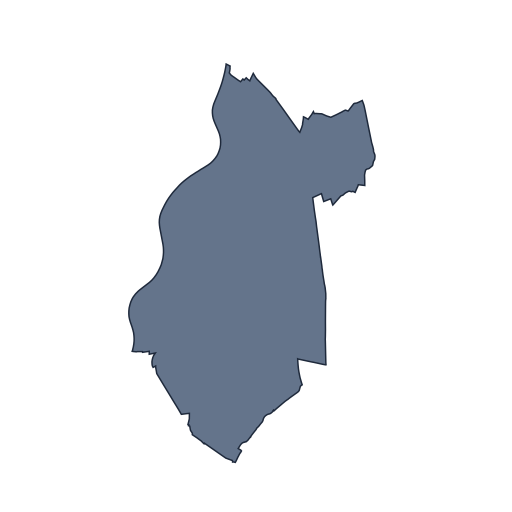 Wijchen, Gelderland, Netherlands, rotated 74°
{"feature_id": "6326949B70706228671559", "entity_name": "Wijchen", "entity_type": "district", "adm_level": 2, "iso_a3": "NLD", "parent_name": "Netherlands", "parent_adm1": "Gelderland", "projection": "mercator", "projection_center": [5.703, 51.82], "detail": "fine", "context": "isolated", "style": "filled", "palette": "slate", "viewbox_px": 512, "rotation_deg": 74, "n_neighbors": 0, "source": "geoboundaries", "source_scale": "gbopen_adm2", "svg_char_len": 5990}
<svg xmlns="http://www.w3.org/2000/svg" viewBox="0 0 512 512"><g transform="rotate(74 256 256)"><path d="M196.0,115.4L194.9,114.9L193.4,114.3L192.3,114.0L191.6,113.9L191.3,113.9L190.9,113.9L188.2,114.2L187.5,114.1L186.8,113.9L186.5,113.8L185.3,113.7L183.2,113.6L181.6,113.6L178.3,113.6L177.7,113.5L167.5,112.7L162.4,112.3L146.4,111.0L141.6,110.7L141.0,110.7L139.8,110.7L135.8,111.0L136.4,114.4L136.7,116.7L136.7,117.2L136.4,119.4L136.6,119.9L136.6,120.1L139.6,124.2L140.5,125.4L142.0,127.3L141.9,127.7L141.1,128.8L140.4,129.9L140.4,130.0L140.6,131.1L140.8,132.3L141.0,133.0L141.2,133.7L141.2,134.0L141.3,134.2L141.5,135.5L141.9,137.4L142.4,140.2L142.9,143.5L143.3,145.8L142.1,147.6L140.9,149.4L140.8,149.5L140.6,149.8L137.5,153.5L137.3,154.0L136.7,155.8L135.5,159.1L135.4,159.5L135.2,160.8L133.0,161.0L133.9,162.0L135.3,163.4L136.1,164.5L136.9,165.5L137.8,166.8L139.0,168.1L136.6,170.5L135.7,171.5L135.3,172.0L136.7,172.5L137.3,172.7L141.5,174.7L142.3,174.9L142.5,175.0L145.4,176.9L149.2,179.8L147.8,180.5L145.3,181.4L142.2,182.5L132.3,186.0L122.6,189.4L111.1,193.6L110.4,193.5L109.8,193.7L109.3,194.0L107.5,195.2L107.2,195.4L105.0,196.4L104.4,196.6L104.1,196.7L103.6,196.9L102.3,197.5L99.5,199.0L88.0,205.4L85.9,206.5L84.8,206.9L84.3,207.1L79.7,208.3L83.2,211.4L83.7,211.9L84.2,212.2L85.6,213.5L85.9,213.7L84.2,215.0L82.0,216.3L83.6,218.9L82.2,219.8L84.2,222.8L82.3,224.5L81.2,225.4L79.9,226.4L78.1,227.8L77.7,228.2L76.3,229.3L75.4,230.0L75.2,230.1L73.0,231.1L72.6,231.2L71.6,230.6L70.7,230.2L70.0,229.8L69.2,229.5L68.4,229.2L67.0,228.9L66.3,228.5L65.1,229.8L64.7,230.2L63.3,231.8L65.2,232.6L68.0,234.0L70.7,235.4L73.5,237.0L76.2,238.6L79.0,240.3L81.7,242.1L84.5,244.1L87.2,246.1L90.0,248.2L95.5,252.6L98.2,254.7L101.0,256.4L103.7,257.7L106.5,258.5L109.2,259.0L112.0,259.2L114.7,259.1L117.5,258.8L125.7,257.7L128.5,257.5L131.3,257.6L134.0,257.9L136.8,258.6L139.5,259.5L142.3,260.8L145.0,262.6L147.2,264.3L148.9,265.9L151.1,268.7L152.9,271.5L154.3,274.2L155.3,277.0L156.9,282.5L157.6,285.3L158.5,288.1L159.2,290.8L160.1,293.6L160.9,296.4L161.9,299.1L163.0,301.9L164.1,304.6L165.4,307.4L166.9,310.2L168.6,312.9L170.3,315.7L172.1,318.5L174.1,321.2L176.3,324.0L178.8,326.8L181.5,329.5L186.0,333.6L188.8,335.8L191.5,337.5L194.3,338.8L197.0,339.7L199.8,340.3L202.5,340.7L208.0,341.2L219.0,342.2L221.8,342.6L224.5,343.2L227.3,344.0L230.0,345.0L232.8,346.2L235.5,347.8L238.3,349.5L241.0,351.7L244.2,354.6L246.5,357.1L248.9,360.2L250.6,362.9L252.0,365.7L256.4,376.8L257.4,379.0L259.3,382.3L261.4,385.1L262.9,386.7L265.6,389.0L268.4,390.8L271.1,392.3L273.9,393.4L276.6,394.2L279.4,394.8L282.1,395.0L284.9,395.0L290.4,394.7L293.1,394.7L295.9,394.8L298.6,395.2L301.4,395.8L304.1,396.6L306.9,397.7L309.6,399.0L312.3,400.5L313.5,401.3L314.1,400.0L314.5,399.0L315.1,397.5L315.2,396.4L316.6,391.5L317.3,391.6L318.2,384.9L321.0,385.7L321.5,379.5L322.2,380.3L322.8,381.1L323.2,381.6L323.8,382.1L324.1,382.3L325.2,383.2L325.6,383.4L326.5,384.0L327.3,384.4L328.8,385.1L329.5,385.3L330.3,385.5L331.7,385.8L332.7,385.9L333.3,385.9L334.7,385.6L334.1,382.8L335.2,383.1L341.6,383.8L342.1,383.7L354.0,380.5L364.9,377.5L372.3,375.5L375.9,374.5L381.3,373.0L387.6,371.4L388.4,366.2L388.9,363.4L391.9,364.3L394.2,365.0L396.7,366.4L399.3,367.9L399.8,367.1L400.6,367.6L401.3,366.6L405.2,367.0L405.4,367.0L406.0,366.9L408.2,366.2L408.6,366.1L408.8,366.1L409.4,366.2L410.2,366.5L414.6,362.8L416.2,361.6L417.6,360.5L418.6,359.7L419.9,359.0L420.5,358.7L422.2,357.7L421.7,357.2L439.3,342.9L441.5,341.1L441.9,340.8L446.1,335.1L447.0,335.1L447.6,335.3L447.9,334.1L448.2,333.6L448.5,333.1L448.7,332.8L447.5,331.6L445.8,330.1L444.4,328.9L443.4,327.9L442.4,327.0L441.0,325.6L440.9,325.2L439.4,323.7L438.4,324.1L436.2,326.2L433.8,323.6L432.9,322.5L432.2,321.2L431.9,320.6L431.8,319.7L431.8,317.8L431.7,317.9L431.7,317.0L431.6,316.2L431.3,315.5L431.0,314.8L430.2,313.7L428.7,311.7L428.8,311.4L428.4,310.9L428.2,311.0L428.1,310.9L426.8,309.3L425.2,307.1L424.4,306.0L422.8,303.7L422.6,303.6L421.6,302.6L421.2,301.7L420.1,299.8L419.0,298.4L417.2,295.7L416.1,294.7L414.7,293.9L413.6,293.0L412.7,291.9L412.1,290.7L411.6,289.3L411.4,287.8L411.5,286.2L411.1,284.7L409.8,282.0L409.3,282.2L408.9,281.5L409.7,281.1L408.3,278.3L403.7,268.1L402.8,265.6L402.7,265.1L401.8,263.0L400.8,260.3L400.2,258.6L399.0,255.2L398.8,254.6L398.2,253.1L398.0,252.7L397.8,252.4L397.4,251.8L397.2,251.6L396.8,251.3L394.3,249.8L393.6,249.3L393.3,249.0L393.1,248.6L392.8,248.0L392.7,247.3L392.5,247.1L389.8,247.2L385.2,247.2L382.6,247.0L379.1,246.7L376.1,246.3L372.3,245.6L369.4,245.0L366.4,244.3L366.5,244.2L367.2,242.9L370.9,236.0L371.7,234.5L373.5,231.1L373.6,230.8L376.0,226.3L378.4,221.9L379.8,219.1L379.7,219.2L379.9,218.8L379.6,218.6L378.8,218.5L377.5,218.2L357.3,212.9L355.2,212.4L352.8,211.6L346.2,209.6L338.0,207.3L323.0,202.9L319.0,201.7L317.0,201.0L316.5,200.7L315.7,200.5L314.3,200.1L311.4,199.3L305.7,198.3L303.7,198.1L301.7,198.0L298.6,197.6L296.0,197.3L295.4,197.2L295.1,197.2L291.4,196.7L290.9,196.6L288.8,196.3L288.6,196.3L288.4,196.2L287.2,196.0L286.0,195.9L283.9,195.5L274.9,194.2L274.9,194.3L272.0,193.8L270.6,193.6L269.2,193.4L264.3,192.6L259.7,191.9L248.8,190.3L246.9,190.0L244.7,189.7L239.4,188.8L236.9,188.5L235.2,188.3L227.9,187.3L215.5,185.4L214.9,181.4L214.7,180.1L214.1,176.2L214.1,175.9L218.8,175.9L222.3,175.9L221.6,168.4L227.6,168.2L228.2,168.1L227.2,166.5L222.7,159.5L222.1,158.6L221.7,158.0L221.6,157.8L221.6,157.6L221.5,156.1L221.5,155.9L221.4,155.5L221.1,154.9L220.3,153.3L220.2,153.0L220.0,152.5L219.4,149.6L219.3,148.9L219.4,148.6L219.4,148.4L220.2,147.1L220.6,146.4L220.6,146.2L220.6,145.8L220.5,145.1L221.3,144.2L222.2,143.2L220.0,141.4L218.3,140.0L216.8,138.7L215.7,138.0L218.0,132.4L218.2,132.0L213.5,130.7L208.7,129.5L208.0,129.3L205.5,128.1L204.7,127.6L204.2,127.3L203.7,127.0L203.5,126.7L203.2,125.9L203.0,125.3L203.0,124.7L203.1,124.0L203.1,123.6L202.9,122.8L202.6,122.1L201.5,119.6L201.0,118.9L197.8,117.2L197.3,116.8L196.4,115.9L196.1,115.6L196.0,115.4Z" fill="#64748b" stroke="#1e293b" stroke-width="1.5"/></g></svg>